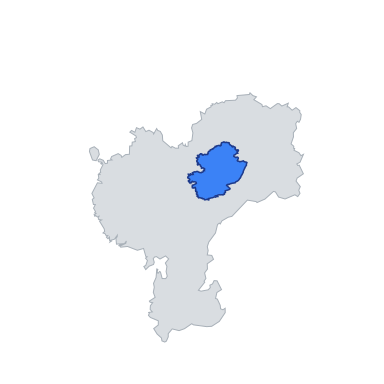 Qinghai highlighted on a map of China, rotated 131°
{"feature_id": "CHN-1151", "entity_name": "Qinghai", "entity_type": "Province", "adm_level": 1, "iso_a3": "CHN", "parent_name": "China", "parent_adm1": "", "projection": "equal_earth", "projection_center": [96.897, 35.43], "detail": "fine", "context": "in_parent", "style": "filled", "palette": "blue", "viewbox_px": 384, "rotation_deg": 131, "n_neighbors": 0, "source": "natural_earth", "source_scale": "10m", "svg_char_len": 9551}
<svg xmlns="http://www.w3.org/2000/svg" viewBox="0 0 384 384"><g transform="rotate(131 192 192)"><path d="M217.9,275.9L211.5,272.9L210.9,269.5L211.9,267.7L207.4,266.7L204.6,264.0L198.2,269.2L196.6,267.6L193.6,269.8L191.1,267.8L189.4,270.3L187.4,269.6L186.5,271.1L187.6,278.2L185.2,278.0L184.4,274.3L179.9,276.1L178.7,272.5L175.1,271.7L176.7,266.5L173.6,265.0L172.6,260.4L173.4,259.0L167.3,260.3L168.0,258.3L167.1,255.7L168.5,251.7L172.5,247.7L172.4,236.8L170.7,237.0L169.8,233.2L167.7,230.9L166.1,232.7L161.1,231.5L162.5,229.3L161.9,227.5L160.5,228.3L161.5,226.2L160.0,225.0L156.9,227.6L153.3,225.8L146.8,230.1L143.9,234.4L140.6,235.8L137.3,233.6L130.8,232.3L125.9,238.5L124.7,233.5L120.0,235.3L115.2,233.5L114.2,234.6L113.0,233.4L112.2,234.7L110.8,232.4L108.2,232.1L108.4,230.4L104.1,228.3L103.6,226.4L101.1,226.6L94.2,219.4L91.3,219.4L89.7,221.3L80.8,212.7L79.1,213.3L79.3,209.3L77.9,205.8L81.8,205.9L80.1,196.6L81.4,194.8L78.4,192.7L77.7,187.6L69.3,185.6L68.2,184.2L68.2,180.6L61.8,177.6L65.3,176.1L64.4,174.9L64.6,170.1L60.1,168.9L59.9,163.9L61.2,163.1L61.9,160.4L65.9,157.8L69.2,157.0L69.5,158.9L72.4,158.6L75.4,154.7L80.8,154.4L83.8,151.6L90.7,148.8L90.7,145.2L92.4,144.0L91.8,143.1L93.6,142.4L92.2,137.1L93.1,133.6L90.5,132.6L98.6,130.0L102.1,131.3L102.6,129.6L101.4,128.7L105.2,119.9L112.5,121.8L115.5,120.6L116.9,113.8L120.6,112.6L122.2,109.6L126.1,109.2L126.6,112.5L136.2,117.2L139.0,123.3L137.2,129.1L138.1,130.9L149.5,132.3L157.3,136.0L157.2,137.4L161.8,144.9L184.2,145.9L187.2,148.1L194.1,150.5L197.6,149.7L197.6,151.0L199.8,151.4L207.5,147.4L218.7,146.5L223.2,144.6L225.6,141.4L229.5,139.2L226.9,135.5L228.7,131.6L236.2,133.4L240.0,129.8L244.8,129.4L248.1,124.8L251.4,124.4L251.7,123.2L262.0,122.7L260.9,120.1L255.2,115.6L252.1,115.5L250.6,117.4L247.9,116.2L244.4,117.2L242.6,114.8L246.3,105.7L251.5,107.3L256.9,104.4L256.2,102.6L259.0,96.4L261.4,93.8L260.6,91.4L258.0,90.7L261.3,87.8L271.7,86.5L280.4,89.0L283.9,92.5L291.3,103.7L291.6,105.8L300.1,108.0L305.1,110.8L308.3,117.1L314.5,117.0L316.9,114.9L321.4,113.5L323.1,114.1L324.1,117.0L322.2,119.3L322.1,125.1L320.2,131.3L314.5,130.2L311.3,132.9L314.0,141.1L313.7,143.9L311.0,144.9L311.7,146.0L308.5,143.3L308.1,146.5L305.1,148.8L301.3,149.1L302.7,151.3L302.3,152.6L295.7,150.7L293.1,155.4L288.6,158.0L286.2,161.1L280.1,163.0L273.2,168.1L272.8,167.0L275.2,165.9L275.7,164.3L273.2,164.3L273.1,163.3L276.9,157.7L274.6,155.0L271.8,155.4L269.1,159.3L264.6,162.1L263.1,165.5L257.8,165.7L257.6,170.0L263.6,172.2L264.1,176.5L265.7,177.6L267.8,177.5L269.8,174.4L271.9,173.5L276.2,175.7L280.9,176.0L279.8,179.5L277.8,178.7L272.9,180.7L272.4,183.7L270.3,183.3L270.9,184.6L266.4,191.5L271.8,195.0L275.4,204.9L280.4,209.6L280.2,210.9L274.2,208.3L272.0,209.4L275.2,209.1L280.9,214.8L276.9,219.0L274.8,219.1L273.6,220.0L278.6,219.6L282.7,222.3L280.2,224.7L282.4,224.7L282.3,226.9L280.1,227.0L281.3,228.1L280.5,230.1L281.3,232.3L279.1,232.0L277.4,234.1L274.6,242.8L272.4,241.9L274.0,244.7L272.1,246.5L270.5,246.1L272.9,246.9L273.1,250.8L271.0,250.4L271.6,251.8L270.1,252.0L268.8,255.7L264.9,256.7L266.1,258.2L263.0,262.4L260.7,262.0L258.8,266.6L247.1,269.4L244.5,265.6L243.7,266.8L244.9,271.3L242.7,271.4L240.3,274.2L239.2,272.9L239.0,274.4L237.2,273.7L235.6,275.6L229.8,277.1L228.7,279.6L230.5,282.4L229.7,283.9L227.5,283.4L226.3,279.8L227.5,276.1L225.7,274.7L223.7,276.5L220.3,273.4L220.5,275.1L217.9,275.9ZM231.3,284.9L233.1,288.1L228.7,296.0L226.1,297.5L222.0,295.5L221.7,290.4L224.5,286.6L231.3,284.9ZM280.8,212.2L279.2,211.8L277.6,210.2L278.8,210.5L280.8,212.2ZM283.6,221.1L282.4,221.4L282.0,220.6L283.6,221.1ZM274.1,249.5L273.5,250.5L273.5,249.2L274.1,249.5ZM229.3,279.3L230.4,278.7L230.4,279.5L229.3,279.3Z" fill="#d9dde1" stroke="#a8b0b8" stroke-width="1"/><path d="M146.2,165.6L146.7,165.7L147.1,165.4L147.8,165.4L148.4,165.2L148.9,164.9L149.5,164.9L149.9,164.7L150.6,164.9L151.7,164.6L153.2,164.7L153.9,164.8L154.3,165.1L155.2,165.4L155.6,165.6L156.5,165.6L156.9,165.5L157.6,166.3L158.1,166.5L158.7,167.2L159.1,167.4L159.5,167.8L160.1,168.0L160.3,168.4L160.6,168.5L161.0,168.7L161.4,168.7L162.3,169.2L162.3,169.6L162.4,169.8L163.4,170.2L164.1,170.4L164.3,170.3L164.3,170.2L164.4,169.1L164.2,168.6L164.4,168.4L164.4,168.1L164.4,167.3L164.5,166.5L164.3,165.9L164.6,165.4L165.1,165.3L166.1,165.7L169.3,167.7L170.2,166.9L170.3,166.6L170.5,166.4L170.7,166.5L171.0,166.8L171.7,166.9L172.1,166.5L172.3,166.1L172.5,166.1L173.1,166.4L173.4,166.7L173.9,166.7L173.9,166.8L173.9,167.1L175.7,168.9L176.0,169.4L177.1,170.3L178.0,170.6L178.4,170.8L178.8,171.2L178.7,170.7L178.4,170.1L178.5,169.6L179.5,170.6L180.4,170.8L180.6,171.1L180.8,171.7L180.9,171.8L182.8,172.7L183.9,173.7L185.8,174.9L186.1,175.3L186.3,175.3L186.4,174.8L186.8,174.1L187.0,174.1L187.1,174.8L187.4,175.0L187.5,175.2L187.3,175.5L187.8,176.0L188.1,176.1L188.8,176.6L189.1,176.8L189.7,177.5L189.5,177.9L189.3,178.7L189.7,179.0L189.9,179.3L190.3,179.7L190.3,180.0L190.0,180.2L190.0,180.4L190.5,180.8L190.6,181.3L190.8,181.5L191.1,182.5L191.4,182.6L192.1,183.2L191.6,184.1L191.9,184.5L191.8,184.9L191.8,185.5L191.2,185.3L190.8,185.5L190.6,185.5L190.5,186.0L190.7,186.8L190.6,187.4L189.9,187.3L189.7,187.4L189.4,187.9L188.8,188.0L188.8,188.4L188.6,188.8L188.9,188.9L189.2,189.3L189.2,189.5L188.9,189.7L188.7,190.2L188.4,190.3L187.9,190.8L187.5,190.9L187.2,191.3L187.1,191.5L187.2,191.8L187.1,192.0L186.8,192.0L186.4,192.4L186.4,192.6L186.6,192.8L186.8,192.8L187.0,192.6L187.2,193.0L187.4,193.2L187.6,193.4L187.9,193.4L188.2,193.6L188.6,194.4L188.4,194.6L188.3,194.9L188.0,195.0L187.9,195.2L187.7,195.3L187.7,195.5L187.4,195.8L187.0,195.8L186.6,196.2L186.3,196.0L186.0,195.8L185.8,195.5L185.6,195.4L184.5,195.1L184.1,194.8L183.2,194.6L182.7,194.3L182.1,195.0L182.0,195.4L182.0,195.7L182.5,196.5L182.8,197.1L183.0,197.4L183.6,197.6L183.8,198.0L183.8,198.8L184.1,198.7L184.5,198.9L184.8,198.9L185.4,198.5L185.7,198.9L185.9,199.7L186.3,199.7L186.6,199.5L186.6,199.9L186.3,200.2L186.2,200.5L186.1,200.8L186.4,201.2L186.1,202.0L185.9,202.1L185.5,201.6L185.1,201.4L184.8,201.7L184.6,201.6L183.9,201.9L183.7,202.5L183.7,203.1L183.8,203.3L184.2,203.6L184.2,203.9L183.9,204.7L183.7,204.9L183.4,204.8L183.1,205.0L182.8,205.1L182.4,204.9L181.6,204.8L181.6,205.0L181.5,205.3L181.4,205.7L181.3,206.2L181.0,206.5L180.7,206.1L180.7,205.9L181.1,205.5L180.8,205.1L180.7,204.8L180.3,204.3L179.7,204.5L179.5,205.1L179.1,205.0L179.0,204.8L179.2,204.4L179.1,203.8L178.7,203.2L178.2,203.1L177.9,202.7L177.7,203.1L177.4,203.3L177.4,203.8L177.2,204.3L176.3,203.9L175.2,203.5L174.9,202.8L174.7,202.7L174.3,202.4L173.2,201.8L172.7,201.0L172.8,200.7L172.6,199.8L172.4,199.6L172.2,199.2L172.2,198.7L171.2,197.6L170.5,197.6L170.2,197.1L169.3,196.9L169.1,197.0L168.6,197.4L168.0,197.5L167.9,196.9L167.7,196.6L167.3,197.1L166.3,197.5L166.2,197.8L166.3,198.3L166.3,199.0L166.5,199.2L166.7,199.3L166.8,199.8L166.9,200.0L167.4,200.1L167.9,200.4L167.8,200.6L167.4,200.8L167.2,201.2L166.8,201.7L166.7,202.1L166.9,202.5L166.8,202.8L166.4,203.1L166.2,203.4L166.3,204.2L166.5,204.7L167.2,205.1L167.3,205.1L167.4,205.4L167.9,205.6L167.8,205.8L167.5,206.2L167.2,206.0L166.2,205.9L166.0,206.4L166.4,206.6L166.3,207.0L166.3,207.3L166.2,207.4L165.9,207.4L165.7,208.0L165.8,208.4L165.6,208.6L165.4,208.6L165.3,208.9L165.1,208.9L164.5,208.9L164.1,209.1L163.3,209.2L163.3,209.3L163.5,209.6L163.4,210.1L163.6,210.6L163.4,211.0L162.9,210.7L162.0,210.5L161.6,210.1L161.3,209.6L160.8,209.7L160.5,210.3L160.9,210.9L160.9,211.4L161.0,211.7L160.8,211.9L160.6,211.8L160.4,211.4L160.4,210.9L160.1,210.8L159.1,210.8L158.8,210.9L158.6,210.6L158.2,210.5L157.5,210.6L157.1,210.2L157.0,209.7L156.8,209.3L156.9,209.0L157.2,208.9L157.1,208.7L157.2,208.4L157.1,208.0L156.7,207.9L156.5,207.5L155.6,207.4L155.1,207.0L155.0,206.9L154.9,206.2L154.1,205.7L153.9,205.3L153.4,204.8L153.0,205.1L152.5,205.3L152.2,205.2L152.1,205.6L151.4,205.8L151.1,206.0L150.6,206.0L150.2,205.8L149.9,205.9L149.6,205.6L149.3,205.5L148.7,205.5L148.2,205.8L148.0,205.5L147.6,205.5L146.8,204.9L146.1,205.0L145.9,204.4L145.2,204.5L144.7,204.3L144.3,204.4L143.0,204.2L142.8,204.3L142.7,204.3L142.3,204.4L142.2,204.0L142.2,203.6L141.8,203.5L141.4,203.7L141.2,203.7L140.9,203.6L140.4,203.0L140.0,202.9L139.2,202.3L138.9,201.9L138.5,201.1L138.4,201.0L138.6,200.9L138.4,200.7L137.5,200.7L137.3,201.2L136.9,201.4L136.4,201.4L136.0,201.9L135.6,202.0L135.2,201.9L134.8,201.6L134.0,201.0L133.7,201.1L133.4,200.9L133.0,200.3L133.0,200.0L133.1,199.7L132.9,199.4L132.6,199.1L132.0,198.9L131.9,198.4L131.7,198.2L131.6,197.8L131.0,197.2L130.5,196.3L130.5,196.1L130.6,195.9L131.0,195.8L131.2,195.4L131.5,194.5L131.5,194.3L131.3,194.2L131.3,193.3L131.2,192.6L131.0,192.2L131.5,191.7L131.5,191.1L131.3,191.0L130.4,190.9L130.4,190.1L129.9,189.2L130.0,188.9L130.1,188.4L130.7,188.2L131.2,187.8L131.3,187.7L131.0,187.4L131.2,187.1L131.2,186.6L131.5,186.0L131.6,185.6L131.4,185.5L130.8,185.5L130.3,185.3L130.0,185.0L130.0,184.6L130.2,184.2L130.7,184.0L131.1,184.0L132.1,184.1L132.3,184.0L132.4,183.8L132.7,182.9L133.0,183.1L133.3,183.7L133.9,183.8L135.4,183.8L136.4,184.5L137.6,184.0L137.7,183.9L137.7,183.6L137.4,182.6L137.2,181.4L136.5,181.2L136.1,180.9L135.8,180.5L135.8,179.8L135.9,179.5L136.5,178.9L137.5,178.8L138.1,178.4L138.6,178.4L138.7,178.0L138.7,177.7L138.4,177.3L138.0,176.7L137.9,175.8L137.7,175.6L137.1,175.3L136.6,174.8L134.8,173.7L134.7,173.5L134.9,173.0L134.9,172.5L133.8,170.5L133.7,169.9L133.9,169.7L134.4,169.7L135.1,169.3L135.8,168.8L136.0,168.5L137.6,168.3L138.4,168.1L138.9,168.1L139.6,167.7L140.4,167.6L142.6,166.9L143.2,166.6L143.7,166.2L144.3,166.1L146.2,165.6Z" fill="#3b82f6" stroke="#1e3a8a" stroke-width="1.5"/></g></svg>